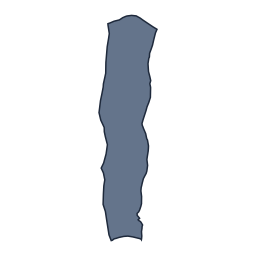 Nyorken, Maryland, Liberia
{"feature_id": "62588387B79277340487156", "entity_name": "Nyorken", "entity_type": "district", "adm_level": 2, "iso_a3": "LBR", "parent_name": "Liberia", "parent_adm1": "Maryland", "projection": "robinson", "projection_center": [-7.856, 5.001], "detail": "fine", "context": "isolated", "style": "filled", "palette": "slate", "viewbox_px": 256, "rotation_deg": 0, "n_neighbors": 0, "source": "geoboundaries", "source_scale": "gbopen_adm2", "svg_char_len": 1646}
<svg xmlns="http://www.w3.org/2000/svg" viewBox="0 0 256 256"><path d="M111.2,240.6L112.3,240.3L114.2,238.8L116.0,238.4L119.1,237.4L123.8,236.4L127.9,236.1L132.8,236.9L139.4,238.5L141.0,239.1L141.4,239.7L141.6,238.4L141.8,236.0L141.6,233.5L141.5,231.5L142.0,228.4L142.1,226.5L142.4,225.5L142.6,225.0L141.4,222.9L140.5,221.6L138.6,220.4L138.1,219.8L139.6,218.3L138.5,216.9L137.2,215.4L137.1,213.4L138.7,211.8L139.6,210.0L140.8,206.5L141.5,203.7L141.5,203.2L141.6,196.5L140.9,190.9L141.2,187.5L141.7,185.5L142.2,183.2L143.4,178.6L145.1,175.3L146.1,173.5L146.8,171.2L147.0,169.9L147.6,165.4L146.9,159.5L147.3,156.7L148.2,151.0L148.3,149.6L148.4,148.3L148.5,145.9L147.5,140.1L146.7,138.6L145.7,133.7L143.5,128.5L142.7,126.3L142.3,125.5L142.1,124.3L142.0,123.5L143.1,119.6L146.1,110.3L147.0,106.9L148.7,102.7L150.4,97.4L150.5,92.4L150.6,87.5L150.4,86.3L149.8,83.8L150.6,81.1L150.7,80.6L149.9,76.9L148.5,71.5L148.0,63.7L148.8,58.4L149.4,57.0L149.6,53.3L151.2,49.0L152.5,45.2L153.8,39.5L155.5,32.8L156.5,30.5L157.0,29.3L155.2,28.2L154.2,27.6L152.9,26.8L145.3,21.7L142.5,19.8L140.2,18.1L136.2,15.9L131.6,15.4L126.9,16.0L125.7,16.4L122.7,17.7L119.4,19.9L114.1,21.2L109.9,23.0L107.9,23.7L108.0,25.1L109.3,33.6L108.6,38.3L107.2,46.7L105.9,62.3L105.7,73.3L104.8,77.5L103.4,83.9L103.2,87.1L101.9,93.9L100.5,100.6L99.1,112.0L99.0,112.6L100.8,120.2L101.7,122.1L104.2,127.5L104.3,131.8L105.4,136.9L106.9,142.7L107.4,144.7L106.1,153.9L103.7,162.8L103.4,163.5L101.2,168.1L103.4,172.9L104.8,179.8L104.6,181.0L103.9,185.4L103.8,186.5L103.4,193.9L103.1,204.4L105.4,211.5L106.7,220.2L109.0,234.9L111.2,240.6Z" fill="#64748b" stroke="#1e293b" stroke-width="1.5"/></svg>